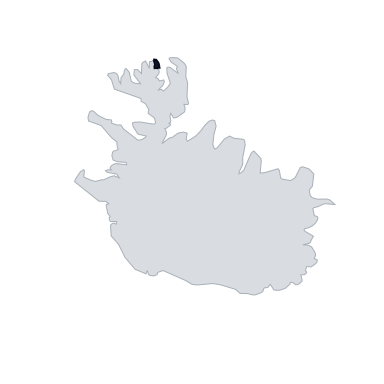 Bolungarvíkurkaupstaður, Vestfirðir, Iceland shown in context, rotated 42°
{"feature_id": "244011B6311767935335", "entity_name": "Bolungarvíkurkaupstaður", "entity_type": "district", "adm_level": 2, "iso_a3": "ISL", "parent_name": "Iceland", "parent_adm1": "Vestfirðir", "projection": "mercator", "projection_center": [-23.321, 66.137], "detail": "fine", "context": "in_parent", "style": "filled", "palette": "ink", "viewbox_px": 384, "rotation_deg": 42, "n_neighbors": 0, "source": "geoboundaries", "source_scale": "gbopen_adm2", "svg_char_len": 5239}
<svg xmlns="http://www.w3.org/2000/svg" viewBox="0 0 384 384"><g transform="rotate(42 192 192)"><path d="M282.0,115.5L285.0,115.8L289.8,113.6L296.8,107.1L299.8,105.7L306.5,105.7L298.3,112.0L295.3,118.8L293.0,122.1L293.0,123.6L298.8,127.7L301.6,126.4L302.8,126.9L303.9,128.9L304.6,132.7L304.1,136.7L302.5,140.7L300.2,144.1L300.5,145.1L302.3,145.6L311.8,143.6L312.9,148.5L313.7,150.1L313.4,151.8L309.7,157.0L314.1,153.7L317.6,152.8L323.6,154.4L326.1,156.3L327.5,159.6L330.5,158.6L331.8,160.5L331.9,162.5L330.6,168.0L327.0,170.7L329.1,174.7L330.9,174.8L331.2,175.7L331.0,178.0L328.3,180.8L332.8,183.8L333.4,185.0L333.1,188.4L332.3,190.4L331.0,191.6L327.7,191.8L325.7,193.1L326.4,195.2L325.8,201.1L323.2,205.8L320.8,208.4L318.4,210.0L312.0,208.2L312.2,212.3L309.9,214.8L310.3,216.9L311.1,218.0L310.7,220.7L307.8,226.2L305.7,228.0L301.5,230.2L295.5,235.2L289.4,235.2L274.5,242.3L268.6,246.2L258.0,257.7L253.6,260.7L246.0,262.2L223.1,269.7L220.6,274.1L220.4,275.1L221.4,276.8L219.7,280.0L216.3,282.3L214.6,282.3L211.8,280.4L211.5,281.3L212.6,283.6L201.4,287.5L186.0,285.4L172.3,280.0L161.4,278.8L153.7,271.2L153.6,269.9L154.4,267.6L157.1,266.6L155.8,264.3L151.2,268.4L149.7,268.2L147.7,266.6L147.6,265.0L143.8,264.3L137.1,259.4L136.6,258.3L138.2,256.7L137.9,256.3L134.3,256.6L129.0,261.1L97.8,262.9L96.8,260.5L95.5,251.7L96.6,247.9L97.9,248.2L101.5,253.3L109.9,250.5L113.3,248.6L116.4,243.7L118.2,242.1L120.8,235.9L123.3,232.0L128.6,230.2L123.9,229.1L116.0,234.1L113.4,234.1L114.6,231.9L117.3,229.5L115.4,229.3L114.7,228.2L114.6,225.9L116.0,222.1L125.3,215.4L123.2,214.1L116.7,219.2L112.0,221.0L108.2,218.7L106.3,215.5L106.4,214.1L108.7,210.1L108.3,209.3L106.8,208.9L102.6,205.1L96.1,205.5L79.9,203.4L67.6,208.5L64.7,206.1L62.3,201.0L62.8,199.0L64.9,197.8L70.9,198.0L79.7,195.5L83.7,192.5L85.3,193.3L86.0,194.7L91.4,192.4L94.3,189.8L99.2,191.0L117.5,189.6L119.9,186.1L120.9,181.9L120.4,181.1L113.7,184.9L112.2,184.9L104.4,182.8L101.6,180.5L102.5,178.7L106.6,174.7L117.1,167.9L118.6,166.6L118.8,165.0L114.6,162.1L106.7,162.9L104.6,159.5L98.1,157.5L93.7,158.7L91.4,156.7L65.5,167.5L57.1,162.5L51.2,161.7L50.6,160.1L54.1,155.4L56.5,154.5L58.9,154.9L63.5,158.3L66.6,159.3L62.7,154.4L62.5,149.7L61.3,148.5L60.0,145.4L60.5,144.3L65.3,145.0L72.9,150.4L76.6,149.5L81.4,146.0L70.6,144.0L67.3,139.7L69.6,137.5L75.2,137.8L69.0,130.4L68.7,129.0L69.7,125.7L77.6,128.6L73.5,124.2L73.3,123.2L74.5,122.4L75.2,119.7L77.1,118.6L81.1,119.5L87.2,124.7L88.1,126.1L88.3,131.3L90.8,130.5L93.6,131.2L96.0,127.7L97.6,128.5L98.9,131.7L98.8,138.6L100.5,136.2L103.3,136.0L103.8,130.3L103.2,125.7L93.9,120.4L90.2,116.6L90.6,115.2L92.4,114.1L102.2,113.1L98.0,110.8L97.0,108.5L89.6,109.4L85.8,108.4L85.7,107.2L87.2,105.5L91.7,101.9L100.3,101.5L103.7,102.5L110.3,110.5L115.6,113.7L124.4,124.4L130.1,128.5L130.4,129.6L129.4,130.8L127.3,132.2L130.6,134.1L132.6,136.8L132.8,138.0L130.9,146.5L128.8,149.3L123.6,147.7L124.8,150.4L128.6,153.2L129.4,154.8L128.9,156.4L130.6,155.9L131.2,156.8L130.4,161.6L129.4,163.3L132.5,164.3L134.7,166.6L137.3,176.2L138.7,168.9L139.4,166.2L140.7,165.2L142.2,157.6L145.7,153.1L149.0,151.5L152.3,156.7L154.8,157.2L157.3,148.0L157.6,141.1L156.9,133.5L157.3,128.0L159.0,124.8L161.2,123.8L165.9,127.0L169.8,134.6L175.7,142.8L179.8,144.9L180.5,144.6L181.2,141.9L180.6,131.1L182.5,125.3L187.4,123.9L194.7,118.6L196.4,118.4L200.1,121.5L206.6,132.4L211.2,137.5L213.6,145.5L214.7,147.0L215.7,144.5L215.8,140.9L210.2,124.2L210.1,121.9L210.6,120.1L220.8,121.0L223.0,122.9L230.0,132.4L233.4,128.5L240.3,117.2L242.6,117.6L248.4,122.2L250.8,121.8L257.6,117.6L259.1,112.3L256.1,101.5L257.4,99.2L263.7,96.5L270.5,97.1L277.6,107.2L277.8,111.9L282.0,115.5Z" fill="#d9dde1" stroke="#a8b0b8" stroke-width="1"/><path d="M85.1,121.4L84.9,121.2L84.7,121.1L84.5,120.9L84.4,120.9L84.2,120.8L84.1,120.7L83.9,120.6L83.7,120.5L83.6,120.4L83.4,120.4L83.3,120.5L83.2,120.6L82.9,120.6L82.7,120.5L82.6,120.4L82.5,120.2L82.5,120.3L82.4,120.3L82.4,120.2L82.5,120.1L82.4,120.1L82.5,120.0L82.5,119.9L82.4,119.8L82.4,119.7L82.4,119.4L82.3,119.2L82.2,119.2L81.9,118.9L81.7,118.8L81.5,118.7L81.4,118.7L81.2,118.7L80.8,118.4L80.7,118.4L80.4,118.3L80.3,118.2L80.2,118.2L79.9,118.1L79.7,118.0L79.4,118.0L79.2,118.0L78.9,118.0L78.9,117.9L78.7,117.9L78.4,117.9L78.2,117.8L78.1,117.7L77.9,117.6L77.7,117.6L77.4,117.6L77.2,117.6L76.9,117.5L76.7,117.6L76.4,117.7L76.4,117.8L76.4,118.0L76.5,118.3L76.5,118.5L76.4,118.6L76.2,118.7L75.9,118.7L75.7,118.7L75.4,118.6L75.2,118.6L74.9,118.7L74.9,118.8L75.0,119.0L75.3,119.1L75.5,119.3L75.6,119.5L75.7,119.8L75.7,120.0L75.8,120.0L76.0,120.2L76.1,120.3L76.5,120.5L76.9,120.8L77.3,121.1L77.5,121.2L77.7,121.3L78.1,121.5L78.3,121.7L78.5,121.8L78.8,122.0L79.0,122.1L79.1,122.3L79.2,122.5L79.3,122.8L79.5,123.1L79.6,123.3L79.7,123.5L79.8,123.5L79.9,123.8L80.0,124.0L80.2,124.3L80.3,124.3L80.4,124.5L80.5,124.6L80.8,124.7L80.8,124.8L81.0,124.9L81.1,125.0L81.3,125.2L81.4,125.3L81.5,125.2L81.7,124.9L81.7,124.7L81.8,124.6L81.9,124.4L82.0,124.3L82.2,124.2L82.3,124.2L82.4,123.9L82.5,123.7L82.8,123.6L83.0,123.5L83.3,123.6L83.5,123.5L83.5,123.4L83.8,123.2L83.9,122.9L83.8,122.7L83.7,122.5L83.7,122.4L83.7,122.2L83.8,122.0L83.9,121.9L84.1,121.8L84.3,121.7L84.5,121.6L84.8,121.6L85.0,121.5L85.1,121.4Z" fill="#0f172a" stroke="#020617" stroke-width="1.5"/></g></svg>